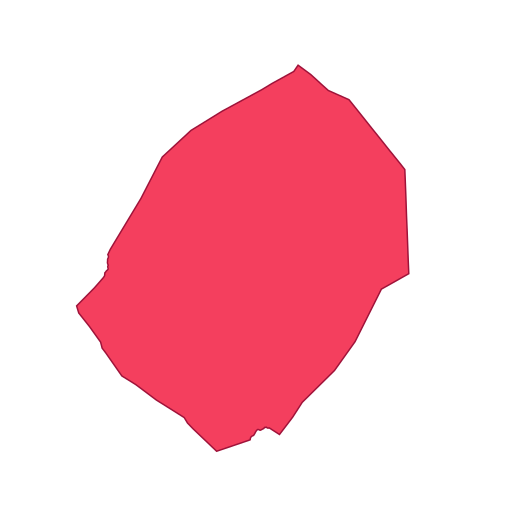 the district of Noyon, Ömnögovi, Mongolia, rotated 216°
{"feature_id": "93677404B12923912473821", "entity_name": "Noyon", "entity_type": "district", "adm_level": 2, "iso_a3": "MNG", "parent_name": "Mongolia", "parent_adm1": "Ömnögovi", "projection": "natural_earth1", "projection_center": [102.365, 42.761], "detail": "fine", "context": "isolated", "style": "filled", "palette": "rose", "viewbox_px": 512, "rotation_deg": 216, "n_neighbors": 0, "source": "geoboundaries", "source_scale": "gbopen_adm2", "svg_char_len": 1913}
<svg xmlns="http://www.w3.org/2000/svg" viewBox="0 0 512 512"><g transform="rotate(216 256 256)"><path d="M371.8,110.2L365.9,105.7L349.4,101.1L331.1,95.0L326.3,91.0L320.6,89.3L294.0,80.1L277.8,81.3L252.1,80.9L219.1,83.1L213.2,80.6L205.2,79.2L173.1,74.9L152.7,103.8L152.8,104.1L153.1,104.7L153.4,105.2L153.5,105.7L153.6,106.1L153.6,106.7L153.6,107.3L153.3,108.0L153.1,108.5L152.7,109.0L152.6,109.3L152.5,109.6L152.5,110.1L152.6,111.0L152.6,111.7L152.8,112.5L152.9,113.5L153.0,114.6L152.9,115.7L152.8,116.3L152.6,116.7L152.1,117.0L151.5,117.2L150.9,117.3L150.4,117.4L150.2,117.5L149.5,118.6L149.1,119.6L148.8,120.1L148.6,120.5L148.4,120.8L148.3,121.1L148.3,121.6L148.4,122.0L148.3,122.3L148.2,122.5L147.9,122.7L147.5,123.0L147.3,123.3L147.2,123.5L146.7,123.6L145.9,123.5L145.5,123.6L145.2,123.8L144.9,124.0L144.3,124.7L132.1,125.4L131.9,133.4L131.9,133.5L131.6,147.1L132.6,164.8L125.2,209.5L125.5,244.9L135.1,302.9L122.0,331.5L130.4,342.1L141.3,356.0L147.8,364.3L156.2,374.9L158.4,377.7L165.8,387.2L170.8,393.6L180.0,405.3L186.4,413.4L192.3,415.1L207.8,419.3L208.7,419.5L224.5,423.9L238.1,427.6L255.8,432.5L272.6,437.1L286.3,434.2L294.9,432.4L304.3,433.4L318.4,435.0L334.1,435.1L333.9,427.5L344.4,405.1L349.2,393.7L368.5,353.3L382.4,319.4L390.0,281.0L382.9,234.9L377.8,175.8L376.7,170.0L376.1,169.7L375.5,169.4L375.1,168.9L374.8,168.5L374.5,167.8L374.3,166.9L374.3,166.6L374.2,166.3L374.0,165.9L373.7,165.5L373.4,165.1L373.1,164.6L372.6,163.8L372.3,163.3L371.9,162.9L371.4,162.5L370.9,162.2L370.5,161.9L370.1,161.6L370.1,161.3L369.9,160.8L369.7,160.2L369.3,159.8L368.8,159.4L368.4,159.1L368.2,158.8L368.0,158.5L367.9,158.1L368.0,157.5L368.0,157.0L368.2,156.4L368.3,155.6L368.3,155.2L368.2,154.8L368.3,154.3L368.4,153.8L368.4,153.6L368.1,153.2L367.9,152.7L367.4,151.9L367.2,151.5L366.9,151.0L366.8,150.5L366.8,149.9L366.8,148.4L368.0,135.2L371.8,110.2Z" fill="#f43f5e" stroke="#9f1239" stroke-width="1.5"/></g></svg>